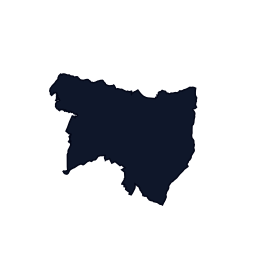 the district of Viperesti, Buzau, Romania, rotated 325°
{"feature_id": "2599482B5774705795524", "entity_name": "Viperesti", "entity_type": "district", "adm_level": 2, "iso_a3": "ROU", "parent_name": "Romania", "parent_adm1": "Buzau", "projection": "albers", "projection_center": [26.456, 45.246], "detail": "fine", "context": "isolated", "style": "filled", "palette": "ink", "viewbox_px": 256, "rotation_deg": 325, "n_neighbors": 0, "source": "geoboundaries", "source_scale": "gbopen_adm2", "svg_char_len": 5671}
<svg xmlns="http://www.w3.org/2000/svg" viewBox="0 0 256 256"><g transform="rotate(325 128 128)"><path d="M128.0,198.7L132.3,197.1L134.0,197.3L135.5,197.0L139.3,196.7L143.7,195.4L148.3,194.6L150.3,194.0L155.0,193.9L155.3,192.8L155.4,191.3L155.6,191.1L157.5,190.6L158.5,189.8L159.1,189.5L160.2,189.5L162.0,188.8L163.0,188.1L163.5,187.3L164.1,186.9L168.5,185.0L169.0,184.7L169.6,184.0L170.5,181.6L171.7,180.7L172.8,179.5L173.1,178.4L174.0,176.9L174.5,176.3L174.7,174.7L174.5,173.4L175.0,171.8L176.0,170.1L177.4,168.9L179.3,166.1L181.8,162.8L182.2,162.6L183.5,162.4L184.9,161.3L187.3,158.5L188.6,157.4L189.1,156.9L189.4,156.1L190.9,154.6L191.3,153.8L191.5,152.8L191.5,151.8L191.4,150.7L191.6,149.9L191.9,149.7L192.3,149.6L193.1,149.9L193.9,150.4L196.0,150.3L196.1,150.1L196.0,149.3L196.3,148.8L196.2,148.0L198.1,146.0L199.4,145.2L199.9,143.9L200.7,143.5L201.6,142.5L201.7,142.0L201.5,141.0L201.9,140.2L202.0,139.6L203.5,137.3L204.6,136.0L204.6,135.7L205.5,135.0L206.2,134.2L205.1,132.5L204.2,131.7L202.8,131.0L202.4,130.5L201.9,130.2L201.4,130.0L200.8,130.1L197.7,129.6L195.4,128.8L194.1,128.8L192.9,128.3L191.5,127.2L190.3,127.7L189.5,127.5L188.6,127.6L187.1,126.2L185.4,125.5L185.0,125.5L183.2,124.1L182.4,124.2L181.6,123.9L181.2,123.6L180.7,122.5L180.4,122.1L179.6,122.0L179.5,121.4L179.6,120.1L179.7,119.7L179.6,119.4L178.4,118.2L177.5,116.8L175.7,117.1L174.3,116.4L173.3,116.5L172.7,117.1L172.3,117.9L172.0,118.1L171.5,118.2L170.6,117.7L170.4,118.7L169.7,119.5L168.9,118.9L168.6,118.8L168.0,119.0L167.6,119.7L167.4,119.7L166.8,119.3L161.4,114.8L160.3,113.6L158.9,111.2L158.4,109.6L158.0,107.4L157.9,106.5L157.8,102.6L154.7,102.4L154.2,102.1L151.3,102.0L151.0,102.0L150.3,102.4L150.4,101.9L151.9,100.4L152.0,99.9L149.9,99.1L148.6,97.5L148.1,97.6L147.7,97.4L146.3,95.2L145.3,93.1L144.9,92.6L144.0,92.1L142.1,89.9L141.0,89.5L140.5,89.1L140.4,88.8L140.7,87.7L141.0,85.5L140.9,84.7L140.6,84.8L140.0,84.6L137.1,83.0L136.1,82.0L135.2,80.7L134.7,79.6L134.6,79.3L134.9,78.4L134.5,76.3L134.7,75.2L134.4,74.3L132.5,73.2L131.3,72.9L130.4,72.4L127.6,71.9L125.4,71.1L125.1,70.3L123.8,69.4L123.7,67.4L123.2,66.6L123.1,65.6L122.9,65.3L121.5,64.4L120.2,64.0L119.5,63.6L118.9,63.6L116.8,61.6L116.3,60.6L116.2,59.2L115.9,58.3L116.0,57.3L115.9,57.1L114.7,56.2L113.8,56.0L112.9,55.3L112.9,54.6L112.6,54.3L112.6,54.0L110.7,52.4L110.5,52.1L110.4,51.3L110.2,50.8L108.9,50.1L108.0,48.9L107.5,48.1L106.6,47.1L105.7,46.5L105.0,46.3L104.6,46.2L104.2,46.6L103.8,46.2L103.8,45.4L103.7,45.2L102.3,45.5L101.4,45.6L99.3,47.0L98.8,47.9L96.1,48.4L93.8,49.3L90.1,50.0L88.4,50.7L87.0,51.1L85.3,52.7L85.0,53.3L84.9,53.6L85.1,54.4L85.0,54.6L84.7,55.2L84.0,55.6L84.1,57.4L85.3,57.4L85.8,57.1L86.7,57.2L87.5,56.4L88.0,57.2L88.6,57.1L89.0,57.3L89.6,58.2L89.7,58.6L88.9,59.0L89.3,59.8L89.2,60.5L88.8,60.1L88.1,60.6L88.2,60.9L88.2,62.2L87.8,61.5L87.3,61.5L87.1,62.2L86.6,62.5L86.6,62.9L84.7,64.0L85.3,64.5L85.8,64.5L85.9,64.2L86.6,64.0L87.3,64.4L87.8,64.3L88.0,64.7L88.3,64.9L88.2,65.1L87.8,66.1L87.4,65.9L87.0,66.2L85.7,66.1L84.7,65.8L83.8,66.1L83.3,66.6L82.9,66.6L82.5,66.8L81.9,67.8L81.0,68.9L80.9,70.4L81.0,71.8L81.7,72.4L81.5,73.3L82.0,74.5L83.0,74.2L83.6,74.2L84.1,74.8L85.5,75.6L85.5,75.9L85.3,76.1L85.4,76.3L85.7,76.6L86.3,76.6L86.6,76.8L86.3,77.4L85.8,77.9L85.9,78.0L86.1,78.1L86.5,78.0L87.0,77.5L87.5,78.2L87.2,79.1L87.7,79.6L88.7,80.2L88.6,81.3L88.9,81.4L89.8,81.0L90.4,81.3L90.8,82.1L90.4,82.4L90.4,82.5L90.7,82.8L91.0,82.7L91.3,82.9L91.9,83.6L91.9,83.9L92.1,84.4L92.0,85.3L92.6,86.1L93.4,87.0L94.0,86.9L94.2,87.9L94.1,88.6L93.6,88.9L92.7,89.0L91.9,88.4L91.8,88.1L91.6,88.0L91.3,88.6L90.6,89.3L90.4,89.3L90.3,88.2L89.9,87.4L89.8,86.7L89.3,86.2L83.5,89.7L78.7,93.1L75.5,95.0L75.7,95.3L75.7,95.9L75.9,96.1L75.8,96.6L76.3,98.0L76.2,98.5L77.3,99.4L77.7,100.4L76.8,100.7L76.6,100.6L76.4,100.7L76.2,101.1L76.4,101.3L75.9,101.5L75.7,101.4L75.7,101.2L75.0,101.3L75.0,101.5L75.5,102.1L75.4,102.5L74.8,102.6L74.6,102.3L74.4,103.1L73.7,104.2L73.2,104.5L71.5,105.1L71.6,105.8L73.1,105.8L73.5,105.9L73.4,106.1L72.3,107.0L72.1,107.2L72.0,108.2L71.6,108.8L71.0,109.4L68.2,111.0L66.7,111.7L66.4,112.0L65.6,112.6L65.6,113.1L65.2,113.6L63.1,115.0L56.1,125.1L54.4,128.0L53.5,128.0L52.1,127.5L50.7,126.6L50.5,126.3L50.0,126.4L50.1,126.8L49.8,127.8L50.2,129.3L51.1,130.4L51.8,130.8L53.0,130.7L56.1,129.1L57.5,129.0L59.8,129.2L61.4,129.6L65.9,129.7L68.6,130.3L69.6,131.3L70.1,132.3L71.0,132.5L75.2,132.1L76.3,132.3L77.6,132.6L78.1,133.0L78.8,134.3L79.7,134.4L81.2,134.2L82.8,135.2L83.8,135.2L86.7,134.2L87.3,133.8L88.3,134.4L89.0,134.4L92.3,136.6L92.8,136.8L93.5,137.4L91.7,139.0L91.5,139.6L91.3,139.9L91.5,140.5L91.0,141.5L92.0,141.4L92.3,141.7L93.7,142.2L94.6,142.1L95.3,142.3L94.6,147.5L98.2,148.0L99.9,154.2L101.6,154.4L102.7,158.9L98.9,158.6L100.0,162.1L97.2,166.7L97.0,167.1L96.0,167.4L95.7,167.8L95.1,168.4L91.3,170.0L90.9,170.4L91.2,170.6L91.9,171.5L92.7,171.8L92.9,172.4L91.7,173.0L91.2,173.8L92.4,175.0L91.9,175.9L90.9,176.9L91.8,179.9L92.4,181.1L92.4,181.7L91.0,182.8L92.3,184.5L94.5,183.6L99.0,181.2L99.9,180.3L101.8,177.8L102.4,179.6L102.5,180.9L103.0,181.5L103.0,182.0L103.3,183.5L102.8,184.1L102.7,185.3L102.4,185.7L102.6,187.5L102.4,187.9L102.4,189.2L102.5,189.8L102.4,190.3L101.5,191.9L102.0,192.3L102.2,192.9L102.6,193.4L103.9,194.3L104.3,194.8L104.3,195.8L104.1,196.9L104.3,197.8L104.2,198.8L104.7,199.9L105.5,200.9L106.1,201.3L106.4,201.6L106.7,202.2L106.7,202.8L108.9,205.2L109.5,205.7L109.6,206.4L110.0,207.2L110.3,208.3L110.7,208.9L111.6,209.7L112.1,210.8L114.4,209.4L115.6,209.0L116.1,208.5L117.1,208.2L117.8,207.6L118.8,207.0L119.7,206.4L120.7,204.3L121.2,203.8L121.7,203.5L123.2,202.2L124.5,201.8L126.3,200.9L127.3,199.9L128.0,198.7Z" fill="#0f172a" stroke="#020617" stroke-width="1.5"/></g></svg>